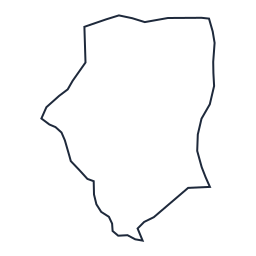 the district of Fitri, Batha, Chad
{"feature_id": "50815135B60006364885554", "entity_name": "Fitri", "entity_type": "district", "adm_level": 2, "iso_a3": "TCD", "parent_name": "Chad", "parent_adm1": "Batha", "projection": "orthographic", "projection_center": [17.521, 12.811], "detail": "fine", "context": "isolated", "style": "outline", "palette": "slate", "viewbox_px": 256, "rotation_deg": 0, "n_neighbors": 0, "source": "geoboundaries", "source_scale": "gbopen_adm2", "svg_char_len": 702}
<svg xmlns="http://www.w3.org/2000/svg" viewBox="0 0 256 256"><path d="M84.4,26.8L85.5,62.5L72.7,80.7L67.7,89.4L59.2,95.8L46.4,107.2L41.4,118.5L49.4,124.5L55.5,127.1L61.5,132.5L64.9,140.4L69.4,156.0L70.8,161.1L79.0,169.7L87.4,178.9L93.7,181.2L94.0,194.5L96.4,204.3L101.2,211.9L108.9,216.8L112.1,223.6L112.6,231.0L118.2,235.7L118.4,235.7L127.5,235.2L135.2,239.3L142.6,240.6L137.6,228.5L144.2,221.9L153.8,217.2L188.1,187.9L209.9,186.9L205.6,177.2L201.7,167.2L197.2,150.9L197.8,134.5L201.5,118.7L209.8,104.3L214.1,86.0L213.4,73.1L213.2,61.9L214.6,42.9L212.7,31.5L209.0,18.6L201.5,17.8L167.9,18.0L144.8,22.1L132.2,18.2L118.9,15.4L106.3,19.3L84.4,26.8Z" fill="none" stroke="#1e293b" stroke-width="2"/></svg>